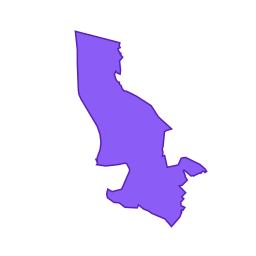 Rathfarnham-Templeogue Lea-7, South Dublin, Ireland (Mercator projection), rotated 26°
{"feature_id": "5873133B53236888047541", "entity_name": "Rathfarnham-Templeogue Lea-7", "entity_type": "district", "adm_level": 2, "iso_a3": "IRL", "parent_name": "Ireland", "parent_adm1": "South Dublin", "projection": "mercator", "projection_center": [-6.311, 53.305], "detail": "fine", "context": "isolated", "style": "filled", "palette": "violet", "viewbox_px": 256, "rotation_deg": 26, "n_neighbors": 0, "source": "geoboundaries", "source_scale": "gbopen_adm2", "svg_char_len": 1378}
<svg xmlns="http://www.w3.org/2000/svg" viewBox="0 0 256 256"><g transform="rotate(26 128 128)"><path d="M115.9,174.7L124.6,171.9L135.5,165.0L140.6,160.9L142.6,160.7L147.6,164.5L148.3,166.3L149.1,184.6L148.7,186.2L141.5,192.2L136.6,191.8L137.8,196.8L140.2,199.7L148.1,201.0L153.0,199.1L160.0,200.6L171.3,195.8L171.2,192.5L177.5,194.0L182.8,193.6L186.9,194.3L201.1,193.5L210.3,197.6L213.5,185.7L213.2,179.9L212.3,179.9L212.1,178.1L213.5,177.8L213.9,174.4L209.7,174.5L207.9,171.4L209.2,167.1L206.4,166.4L208.2,160.9L199.3,157.6L201.8,155.6L204.1,148.8L200.5,146.5L200.1,145.4L196.5,142.2L196.8,141.2L205.8,143.5L207.0,142.3L207.9,142.5L211.5,137.8L213.5,136.4L213.7,134.8L215.0,133.6L216.7,134.3L217.7,132.5L215.2,131.0L208.5,129.2L192.7,129.2L189.1,131.7L189.3,139.2L180.5,146.1L172.9,136.6L171.3,138.3L170.2,134.7L167.9,131.7L167.6,129.3L162.5,115.5L163.4,113.7L167.6,109.7L150.4,104.7L139.1,97.8L121.4,95.7L110.3,95.6L108.4,96.4L105.5,95.3L103.6,93.2L101.0,92.3L100.2,90.6L98.8,91.2L96.2,89.9L92.4,86.0L92.1,82.4L94.3,83.3L97.3,83.1L96.0,79.4L91.0,71.4L92.2,66.7L90.1,65.9L88.6,63.9L88.1,64.7L84.1,61.1L85.8,59.2L84.0,57.9L83.3,55.0L39.2,64.0L38.3,64.1L48.3,80.1L54.4,92.6L66.9,115.9L69.5,119.6L73.1,122.6L99.4,139.8L105.6,145.9L109.9,152.6L112.3,159.1L113.4,168.8L114.4,170.3L113.1,170.4L116.1,173.0L115.9,174.7Z" fill="#8b5cf6" stroke="#5b21b6" stroke-width="1.5"/></g></svg>